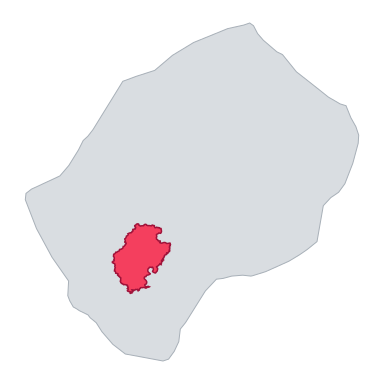 Qhoasing, Mohale's Hoek, Lesotho (highlighted)
{"feature_id": "5366337B8464119840521", "entity_name": "Qhoasing", "entity_type": "district", "adm_level": 2, "iso_a3": "LSO", "parent_name": "Lesotho", "parent_adm1": "Mohale's Hoek", "projection": "mercator", "projection_center": [27.882, -30.022], "detail": "fine", "context": "in_parent", "style": "filled", "palette": "rose", "viewbox_px": 384, "rotation_deg": 0, "n_neighbors": 0, "source": "geoboundaries", "source_scale": "gbopen_adm2", "svg_char_len": 6801}
<svg xmlns="http://www.w3.org/2000/svg" viewBox="0 0 384 384"><path d="M265.5,271.7L252.7,275.7L250.9,276.1L242.7,275.2L231.7,276.1L223.1,278.4L216.4,279.2L205.4,290.9L185.6,322.5L180.3,329.1L178.8,341.6L174.2,351.4L168.6,359.1L163.0,361.0L146.5,357.9L125.3,354.0L112.9,344.4L102.0,331.8L96.2,322.7L90.1,317.7L88.0,314.9L79.4,310.7L76.1,308.5L73.3,307.0L69.8,300.9L67.8,295.7L68.6,281.0L62.5,272.3L52.1,257.4L45.5,245.2L36.5,228.6L31.0,214.4L25.3,199.7L26.0,193.4L31.5,189.1L47.5,181.7L59.9,175.9L68.8,165.5L78.5,149.9L83.2,140.5L87.9,136.2L93.0,129.6L102.0,115.0L112.1,98.7L122.8,81.3L136.3,76.3L154.7,70.4L172.5,55.3L193.6,42.5L227.7,28.6L243.6,25.1L249.7,23.0L253.5,25.7L257.6,33.6L263.4,40.3L276.8,51.8L282.5,54.6L296.4,71.8L311.3,83.5L328.4,97.1L340.1,103.9L346.0,105.7L350.9,117.8L355.9,126.7L358.7,135.1L358.2,143.3L352.8,163.3L344.9,183.7L338.6,192.3L330.8,197.6L323.3,205.7L320.4,222.2L317.0,241.6L307.2,249.5L299.5,254.8L288.9,261.2L265.5,271.7Z" fill="#d9dde1" stroke="#a8b0b8" stroke-width="1"/><path d="M149.4,286.8L148.2,286.3L146.4,286.7L145.7,286.5L145.3,286.2L144.7,285.1L144.7,284.9L145.0,284.5L146.2,284.0L146.5,283.7L146.6,282.6L146.8,282.2L146.6,281.5L146.0,280.4L144.4,278.8L144.2,278.1L144.4,277.2L144.7,276.9L146.0,276.6L146.4,275.6L146.7,275.3L148.8,274.8L149.6,274.3L150.1,274.1L150.2,273.7L149.0,272.8L147.9,271.5L147.8,270.5L147.8,269.9L148.1,268.9L148.5,268.4L149.0,268.1L149.4,267.3L150.1,267.2L151.8,267.3L151.9,267.5L152.4,267.2L152.6,267.2L153.1,268.1L153.4,269.2L153.2,270.2L152.6,271.1L152.6,271.6L153.2,272.1L154.3,272.7L155.3,273.0L155.7,272.8L155.9,272.6L156.1,272.3L156.3,271.9L157.0,271.3L157.3,270.7L157.4,270.0L157.7,269.0L157.6,268.3L157.1,267.8L156.5,266.9L156.6,266.6L157.5,266.3L159.2,264.7L159.8,264.6L159.9,264.1L159.9,263.8L160.5,264.0L160.8,264.4L161.1,264.5L161.0,264.1L161.3,263.8L161.2,263.5L160.6,263.1L161.4,263.3L161.5,263.0L161.6,262.8L161.4,262.0L162.1,261.5L162.5,261.4L162.6,261.2L162.3,261.0L161.7,260.9L161.5,260.4L161.7,260.2L162.0,260.2L162.3,260.6L162.5,260.6L162.9,260.5L163.0,260.1L163.6,259.9L163.5,259.7L162.7,259.3L162.6,259.1L162.8,258.6L163.4,258.3L163.7,257.9L163.6,257.6L163.6,257.3L164.1,257.1L164.5,256.2L164.4,255.5L164.5,255.4L166.3,254.3L166.5,254.4L166.6,254.0L166.9,253.8L166.6,253.5L166.5,253.4L166.7,252.8L167.1,252.8L167.0,253.1L167.2,253.4L167.4,253.3L167.4,253.0L168.0,253.0L168.2,252.3L168.8,252.0L169.1,251.2L169.3,251.1L169.6,251.2L169.7,250.8L169.3,250.6L169.2,250.4L169.3,250.1L169.7,249.8L169.4,249.2L169.9,248.1L169.8,247.7L169.5,247.5L169.4,247.3L169.6,246.9L169.5,246.0L169.7,245.8L170.3,245.7L170.2,245.1L170.5,244.4L170.3,244.1L170.1,244.1L170.2,243.4L170.0,243.1L169.6,243.1L168.0,243.4L166.8,243.5L165.9,242.9L165.0,242.5L163.9,242.5L163.2,242.7L161.8,243.2L161.5,243.1L161.0,243.1L160.5,242.9L160.4,242.7L160.1,242.8L159.8,242.7L159.7,242.6L160.3,241.9L160.2,241.1L160.1,240.9L158.5,241.0L158.2,240.8L158.1,240.3L157.6,240.0L157.5,239.7L156.5,239.2L156.5,238.4L156.3,237.7L156.7,237.0L156.6,236.5L156.8,236.2L156.5,235.4L156.4,234.7L156.7,234.3L157.9,233.8L158.2,233.6L158.5,233.2L158.8,233.0L159.2,233.0L159.7,233.2L160.5,233.3L160.9,233.0L161.5,231.7L161.4,230.9L161.4,230.0L161.0,229.1L161.1,228.6L160.9,228.4L160.1,228.4L159.2,227.9L157.7,227.6L157.9,227.5L157.2,227.4L157.0,227.5L156.6,227.2L156.3,227.3L155.6,227.7L155.0,227.7L154.3,226.5L154.4,225.8L154.3,225.6L154.0,225.5L153.4,225.5L153.3,225.4L152.4,225.1L152.1,225.1L151.6,225.8L150.2,225.7L148.9,225.5L148.0,225.7L147.4,225.5L147.2,225.3L146.6,225.2L146.5,224.9L146.0,224.4L145.5,224.3L144.6,224.5L144.4,224.8L144.0,224.9L143.6,225.7L142.8,225.8L142.1,225.7L140.4,226.1L139.9,225.8L139.9,225.7L139.7,225.6L139.4,225.5L139.4,225.3L139.0,225.2L138.9,225.1L138.9,224.9L138.6,224.4L138.6,224.1L137.9,223.8L137.4,224.0L137.0,223.9L136.7,224.2L136.2,224.4L136.0,224.8L135.4,225.2L135.1,225.3L135.0,225.6L134.7,225.7L134.7,226.2L134.9,226.4L135.1,226.4L135.2,226.6L135.6,227.1L135.7,227.6L135.6,227.9L135.2,228.1L135.4,228.5L135.3,228.9L134.3,229.0L133.6,229.4L133.2,229.3L132.8,229.4L133.0,230.9L132.5,231.1L132.3,231.4L132.0,231.5L131.8,232.3L131.6,232.4L131.0,232.8L130.7,232.7L130.3,232.8L130.1,232.9L129.4,233.0L128.0,233.7L128.2,233.9L128.2,234.6L127.9,235.0L127.7,235.5L126.4,236.1L126.2,237.1L125.8,238.0L125.2,238.6L124.8,238.8L124.8,239.4L125.2,240.4L125.3,240.9L125.2,241.3L125.3,241.5L125.0,241.5L124.8,241.7L124.8,242.2L125.4,242.8L126.0,243.0L126.2,243.3L126.2,243.5L125.8,244.2L125.5,244.4L125.1,244.8L125.2,245.1L124.6,245.7L124.0,246.4L123.7,246.6L123.2,246.5L122.9,247.8L122.6,248.5L121.9,248.7L121.4,249.2L120.0,249.3L119.5,249.5L119.4,250.1L119.5,250.6L119.3,250.8L117.8,251.5L117.4,251.6L116.7,252.4L115.8,252.2L115.6,252.7L114.6,253.9L114.3,254.1L113.7,254.2L113.6,254.6L113.6,255.6L113.4,256.1L113.6,256.3L113.7,256.8L114.1,257.1L114.3,257.9L114.3,258.5L113.9,259.5L114.2,259.7L114.2,260.7L114.1,260.8L113.3,261.0L113.0,261.6L112.4,261.9L112.5,262.2L112.4,262.6L113.2,262.9L113.4,263.3L114.2,263.5L114.5,263.6L114.8,263.9L114.8,264.3L114.9,264.8L115.2,265.3L114.9,265.7L114.8,266.8L115.3,267.6L114.6,269.3L114.9,269.9L114.6,270.2L114.6,270.5L114.4,270.9L115.4,271.5L115.5,272.1L115.7,272.7L115.7,273.2L117.0,273.4L117.9,273.7L117.9,274.0L117.6,274.5L118.1,275.1L117.9,275.3L118.1,275.4L118.4,276.0L118.8,276.3L118.9,276.2L119.1,276.2L119.1,276.4L119.3,276.5L119.6,276.9L119.6,277.0L119.8,277.2L120.0,277.2L120.3,277.5L120.7,277.7L120.7,278.1L120.8,278.2L120.6,278.7L120.7,280.1L120.7,280.5L120.4,280.8L120.5,281.0L120.3,281.4L120.7,282.1L120.7,282.5L120.9,282.7L121.1,282.7L121.5,283.4L122.3,283.6L122.3,283.8L122.6,283.9L123.1,284.3L123.6,284.4L123.8,284.7L124.2,284.5L125.0,284.7L125.5,284.7L125.9,284.7L126.2,284.8L126.4,285.1L126.8,285.0L127.4,285.2L127.6,285.7L127.5,285.8L127.4,286.3L127.6,286.5L128.0,286.8L128.0,287.0L128.2,287.4L127.9,287.6L127.8,287.9L127.7,288.0L127.5,288.3L127.9,288.3L128.0,288.4L128.0,288.8L128.3,289.1L128.3,289.4L128.0,289.7L127.9,289.9L127.4,290.3L127.4,290.8L127.8,291.2L128.2,291.4L129.8,291.7L130.0,291.9L130.5,291.8L130.9,292.0L130.6,292.2L130.6,292.3L130.2,292.4L130.4,292.9L130.1,293.1L130.3,293.4L130.5,293.4L131.7,292.9L132.0,292.9L132.1,292.5L131.8,292.2L132.0,291.8L132.3,291.7L132.5,291.9L132.8,291.8L132.9,291.7L132.7,291.3L132.5,291.0L133.0,290.8L132.2,290.1L132.0,289.8L132.6,289.8L133.0,290.0L133.7,290.0L134.2,290.3L134.4,290.0L135.3,289.9L135.4,289.7L135.7,289.4L136.9,289.6L137.5,289.4L137.5,289.6L137.7,289.8L137.9,289.7L138.1,289.8L138.0,290.3L138.2,290.2L138.5,290.6L138.8,290.2L139.3,290.1L139.4,289.6L139.5,289.5L139.5,289.2L139.8,288.5L140.4,288.2L140.6,287.7L141.0,287.6L142.3,287.7L143.2,287.5L144.1,287.4L145.3,288.0L145.8,288.1L146.3,288.0L146.6,287.9L147.4,287.2L147.8,287.1L148.7,287.2L149.4,286.8Z" fill="#f43f5e" stroke="#9f1239" stroke-width="1.5"/></svg>